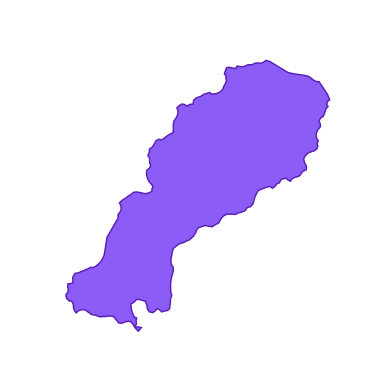 outline of Bela Vista do Toldo, Santa Catarina, Brazil, rotated 43°
{"feature_id": "56859067B62189551957351", "entity_name": "Bela Vista do Toldo", "entity_type": "district", "adm_level": 2, "iso_a3": "BRA", "parent_name": "Brazil", "parent_adm1": "Santa Catarina", "projection": "albers", "projection_center": [-50.481, -26.437], "detail": "fine", "context": "isolated", "style": "filled", "palette": "violet", "viewbox_px": 384, "rotation_deg": 43, "n_neighbors": 0, "source": "geoboundaries", "source_scale": "gbopen_adm2", "svg_char_len": 3617}
<svg xmlns="http://www.w3.org/2000/svg" viewBox="0 0 384 384"><g transform="rotate(43 192 192)"><path d="M242.1,329.9L241.4,326.3L238.7,324.1L237.5,321.9L234.9,322.8L232.8,321.9L230.2,320.6L228.1,319.4L225.8,317.6L223.7,315.7L224.8,311.7L224.7,308.2L227.9,305.9L230.3,304.8L232.8,303.7L237.1,306.2L239.5,308.2L242.9,308.6L245.4,307.1L246.2,304.6L245.9,301.1L248.8,300.2L251.6,300.3L253.2,297.7L254.9,295.3L255.2,292.6L253.3,290.1L251.5,287.5L249.2,284.8L247.6,281.3L244.9,279.7L242.8,277.8L240.9,275.8L238.8,273.6L237.2,271.4L235.2,268.5L233.6,265.2L231.9,262.0L229.3,259.8L226.4,259.1L224.0,257.2L222.1,255.0L220.5,252.4L218.3,249.0L216.9,245.9L217.5,241.2L218.0,238.5L219.4,236.3L220.5,234.3L221.3,231.7L222.8,228.7L223.0,226.2L223.2,223.0L222.4,219.2L221.3,216.7L221.1,213.6L222.9,210.4L224.3,207.6L227.5,205.6L230.5,203.6L231.1,200.5L232.6,196.6L231.4,191.4L231.3,188.2L232.6,184.4L236.4,181.0L239.2,178.6L240.4,175.1L242.1,172.8L243.6,169.3L243.0,165.8L244.7,162.9L244.8,159.3L243.6,156.9L242.4,154.8L241.3,152.3L240.1,148.8L239.5,145.3L241.3,141.7L243.1,137.9L245.3,134.7L248.2,134.4L248.9,131.6L248.5,128.0L249.6,125.8L248.7,122.2L249.7,120.0L251.3,117.8L254.4,117.7L256.6,117.0L256.1,114.3L256.8,111.9L258.7,108.8L259.7,106.4L259.1,104.0L259.0,101.3L260.4,97.8L258.2,95.2L254.6,93.9L251.1,91.7L250.1,88.3L250.4,84.1L251.9,80.9L253.3,78.6L253.9,75.3L252.7,72.6L250.5,71.5L249.3,68.4L246.6,67.7L244.4,66.2L242.9,64.2L241.6,61.0L241.4,56.6L239.2,54.6L236.6,53.5L235.6,50.5L236.4,47.3L235.0,43.4L233.2,39.7L233.2,36.8L230.6,35.9L229.3,33.1L229.9,30.8L224.7,28.3L209.8,24.7L207.0,26.8L204.1,27.3L201.7,27.5L198.5,27.9L196.2,29.1L193.7,30.7L191.0,32.6L188.4,34.4L186.3,35.8L183.6,37.5L181.1,39.0L178.1,39.7L174.8,40.4L172.5,40.9L169.5,41.5L165.3,42.4L162.9,42.9L160.1,43.4L156.4,45.3L155.7,48.7L154.6,50.9L152.7,52.3L150.5,54.4L149.2,57.8L146.2,60.8L144.6,64.6L142.6,66.9L139.1,69.1L139.8,71.8L136.6,74.0L134.7,75.0L132.5,77.3L133.6,80.3L135.2,83.6L137.7,83.9L139.3,85.7L141.2,87.0L142.3,89.3L143.1,92.6L144.4,95.9L144.5,98.6L143.7,101.4L142.1,104.3L139.6,107.0L137.0,107.2L135.4,110.0L134.0,112.4L133.1,116.4L131.0,120.0L130.6,123.9L132.9,126.8L130.5,129.7L129.9,132.5L126.5,133.3L124.7,134.5L123.7,137.4L123.6,140.8L126.5,142.2L128.1,144.0L129.4,146.9L130.2,150.2L130.5,152.7L133.1,156.4L135.9,159.1L137.7,161.7L136.7,163.8L135.6,167.6L135.0,171.9L134.2,174.6L131.7,176.1L130.7,179.0L131.5,182.2L132.3,185.7L131.7,189.7L133.9,192.3L134.8,195.3L137.9,196.1L140.5,199.0L144.1,201.2L144.6,204.1L144.1,206.5L145.4,208.8L147.5,210.7L150.0,212.3L152.9,213.5L156.5,213.9L159.8,214.6L160.5,216.9L162.2,218.9L161.1,222.1L158.9,225.2L157.0,226.3L154.5,227.8L152.0,229.3L149.4,232.1L149.0,235.9L148.1,238.3L147.8,241.2L146.5,245.8L146.4,249.6L149.2,250.4L151.1,252.1L152.6,253.7L153.0,256.0L153.4,259.1L155.7,261.4L159.0,275.6L160.7,282.9L169.6,296.2L171.1,298.6L171.9,301.6L172.9,305.0L172.7,308.4L172.4,310.9L171.6,314.3L169.1,316.4L168.2,319.5L167.0,321.4L166.4,323.7L165.1,325.7L164.3,328.3L161.9,331.3L163.0,335.8L165.3,337.9L166.7,339.8L165.6,342.1L163.9,343.6L166.0,346.4L167.9,347.4L169.6,350.2L169.8,353.0L172.9,355.4L176.5,355.4L178.6,353.9L181.7,355.0L184.6,357.7L187.4,359.1L189.8,359.3L189.8,356.9L190.7,354.6L192.3,352.5L194.7,350.9L197.0,350.8L199.3,350.4L201.8,350.2L204.0,348.9L205.8,347.6L208.1,347.0L210.3,345.7L211.6,344.0L214.0,341.7L216.3,338.8L219.7,336.5L222.7,337.1L224.9,337.3L227.5,337.8L230.1,336.0L231.5,332.9L233.4,330.2L235.3,328.8L238.9,328.9L242.1,329.9ZM242.1,329.9L244.3,330.2L247.7,330.4L247.4,325.7L244.1,327.8L242.1,329.9Z" fill="#8b5cf6" stroke="#5b21b6" stroke-width="1.5"/></g></svg>